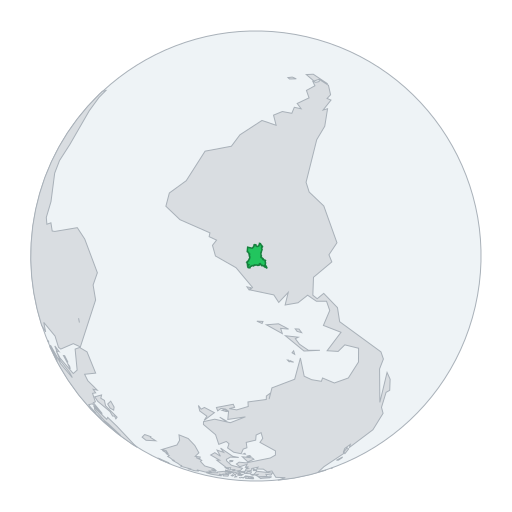 Roraima highlighted on a globe, orthographic projection, rotated 193°
{"feature_id": "BRA-670", "entity_name": "Roraima", "entity_type": "State", "adm_level": 1, "iso_a3": "BRA", "parent_name": "Brazil", "parent_adm1": "", "projection": "orthographic", "projection_center": [-61.438, 1.924], "detail": "fine", "context": "on_globe", "style": "filled", "palette": "green", "viewbox_px": 512, "rotation_deg": 193, "n_neighbors": 0, "source": "natural_earth", "source_scale": "10m", "svg_char_len": 11307}
<svg xmlns="http://www.w3.org/2000/svg" viewBox="0 0 512 512"><g transform="rotate(193 256 256)"><circle cx="256" cy="256" r="225" fill="#eef3f6" stroke="#a8b0b8"/><path d="M183.9,42.6L184.3,42.4L177.6,46.6L186.9,44.8L192.2,50.1L196.3,48.2L200.9,50.0L207.4,48.6L206.5,50.7L212.4,48.0L212.0,46.4L214.4,44.9L218.2,44.2L217.7,46.4L215.8,47.1L217.6,47.4L215.8,49.0L218.8,47.8L217.8,51.1L224.4,47.0L228.3,48.9L226.1,51.3L219.1,52.2L196.6,62.4L192.3,66.4L193.2,70.5L210.2,75.3L208.4,79.8L211.3,85.0L215.6,81.6L214.9,76.5L223.6,72.2L221.7,67.1L225.0,65.0L226.0,60.0L233.6,59.8L240.5,62.6L240.1,67.0L243.2,68.6L249.9,64.1L255.2,72.8L269.3,80.0L269.9,82.8L259.5,87.7L243.5,87.8L230.1,96.9L246.7,90.4L247.8,98.6L251.2,100.0L255.8,99.6L258.5,96.5L260.5,99.5L244.8,106.4L242.8,103.7L247.7,101.3L240.2,101.7L229.7,107.6L231.0,112.0L213.7,118.5L214.4,121.9L211.1,125.7L211.0,119.5L210.8,131.1L190.6,144.6L189.8,166.6L182.0,149.7L174.0,148.0L164.1,148.6L163.7,152.1L151.1,149.9L138.6,157.9L132.3,175.7L135.3,189.2L149.5,189.4L154.5,181.5L165.4,179.7L156.0,200.8L174.7,203.5L171.9,219.5L177.1,227.8L186.9,225.5L196.9,229.4L204.5,219.9L216.6,214.8L216.4,227.8L223.4,215.9L229.9,222.1L254.3,221.6L252.3,224.6L272.8,240.1L295.5,246.9L300.8,256.6L298.0,262.6L306.0,264.3L306.1,268.2L338.3,274.3L355.0,284.2L354.6,297.9L340.9,313.7L329.2,346.7L304.7,357.4L298.9,370.5L280.7,389.4L265.8,387.9L270.6,397.2L262.8,402.7L253.2,403.1L252.1,409.5L245.1,409.6L250.2,413.9L239.9,422.0L244.1,428.7L236.9,435.1L239.9,438.9L236.8,438.7L233.8,440.1L233.9,442.2L223.8,438.6L219.6,429.9L222.2,425.5L218.0,424.8L223.5,413.3L219.4,415.6L218.2,397.9L223.0,383.0L223.8,339.1L218.6,330.3L201.2,320.0L180.1,287.1L185.2,273.6L180.8,267.3L195.2,248.2L191.8,230.6L186.8,228.1L181.6,234.8L165.0,224.0L159.7,210.8L112.7,190.7L108.7,184.3L110.2,173.8L102.4,141.2L102.1,172.0L97.6,166.1L95.5,155.2L98.6,152.4L99.7,136.8L96.8,131.3L103.0,113.0L121.9,90.5L121.7,93.6L126.2,88.5L126.8,84.6L126.0,83.4L142.4,66.0L146.7,59.6L140.5,62.7L147.8,58.6L139.6,63.1L153.8,55.2L168.6,48.3L183.9,42.6ZM187.9,174.2L209.4,184.9L196.5,186.4L199.1,184.3L193.8,179.8L183.7,175.9L172.5,178.5L187.9,174.2ZM199.2,161.7L195.4,161.0L199.2,160.8L199.2,161.7ZM124.9,83.5L126.3,84.9L124.1,89.7L122.4,88.7L124.9,83.5ZM129.8,75.6L131.7,75.1L126.4,79.7L126.9,78.6L129.8,75.6ZM135.0,65.9L135.3,65.9L133.5,66.9L135.0,65.9ZM221.7,60.5L223.8,60.3L222.5,61.3L221.7,60.5ZM220.2,58.8L217.2,60.2L216.0,59.6L217.9,58.7L220.2,58.8ZM224.1,57.3L214.3,58.4L212.3,57.5L217.7,53.6L224.1,57.3ZM210.2,46.3L210.8,47.9L206.8,47.3L210.2,46.3ZM207.0,46.4L191.2,48.2L192.1,45.9L197.2,45.5L195.6,43.7L203.8,41.6L206.6,42.2L204.3,43.9L209.2,41.9L207.0,46.4ZM215.1,44.2L211.8,44.6L212.3,42.6L219.0,41.5L216.7,42.5L215.1,44.2ZM191.1,44.4L192.7,43.0L199.8,40.9L201.4,40.2L204.1,41.4L191.1,44.4ZM218.5,42.6L222.4,41.2L225.6,41.6L218.3,43.8L218.5,42.6ZM209.7,42.6L210.3,41.7L212.1,41.8L209.7,42.6ZM239.0,43.0L235.0,43.0L235.0,41.9L239.0,43.0ZM223.6,40.6L222.5,40.5L222.1,40.2L225.2,39.4L223.6,40.6ZM208.9,40.0L211.6,39.6L208.2,39.4L213.4,38.1L214.3,39.3L216.1,38.3L217.7,38.0L216.6,39.4L208.9,40.0ZM227.1,37.8L229.9,39.6L237.3,39.6L237.5,40.5L225.7,40.4L227.1,37.8ZM221.0,38.6L224.8,38.3L223.2,39.3L219.6,40.2L221.0,38.6ZM216.6,37.0L208.4,38.6L208.5,38.3L216.6,37.0ZM229.5,37.6L228.8,37.2L230.2,37.4L229.5,37.6ZM221.0,36.8L218.0,37.3L218.2,37.0L221.0,36.8ZM229.7,36.2L230.6,36.7L228.2,37.2L229.7,36.2ZM226.0,36.3L226.9,35.8L226.8,37.1L224.6,36.6L226.0,36.3ZM221.6,36.4L220.8,36.4L222.8,36.3L221.6,36.4ZM238.4,34.4L238.8,36.0L233.4,36.9L233.8,35.2L238.4,34.4ZM241.1,446.0L224.9,439.9L233.8,442.7L238.9,439.5L247.8,444.1L241.1,446.0ZM256.6,437.7L263.1,436.0L265.0,437.0L260.9,438.5L256.6,437.7ZM436.5,121.2L436.7,121.7L429.8,113.1L426.1,108.2L436.5,121.2ZM411.3,92.8L421.9,103.7L425.9,108.1L427.0,111.1L433.8,118.9L436.3,123.0L425.7,111.4L422.1,107.0L407.6,96.2L411.6,100.8L425.5,111.8L423.9,111.1L429.4,118.7L423.9,112.4L407.6,100.4L404.6,104.6L411.3,124.6L407.3,127.2L399.1,124.6L385.9,105.8L396.4,102.2L391.8,96.6L380.5,89.6L384.7,89.5L381.4,86.6L384.4,85.4L379.7,77.8L381.5,76.5L370.9,68.3L370.4,66.9L376.8,71.9L382.2,75.2L385.5,73.5L383.6,71.7L376.4,66.8L378.2,67.4L370.9,63.0L368.5,60.9L365.3,60.1L356.8,55.5L350.7,51.9L347.3,50.6L357.4,56.5L361.9,59.2L366.7,61.5L378.6,70.0L379.3,71.9L364.7,63.3L364.2,65.4L353.0,58.7L332.7,45.1L328.7,42.9L333.4,44.4L350.4,51.5L366.9,59.9L382.6,69.6L397.4,80.6L411.3,92.8ZM444.9,378.7L442.7,382.0L439.5,383.5L444.6,375.3L451.1,360.1L462.5,322.7L468.9,304.9L470.8,291.5L468.0,262.9L469.0,246.4L466.9,239.9L463.3,242.2L460.2,234.5L457.5,234.7L436.5,243.4L426.7,234.0L406.8,204.0L408.2,191.1L402.4,177.1L406.7,127.9L414.3,129.5L425.3,121.4L427.9,122.6L433.8,132.8L447.9,143.6L443.9,134.7L449.4,140.4L449.3,140.2L457.3,154.9L464.3,170.2L470.1,185.9L474.7,202.0L478.1,218.4L480.3,235.0L481.2,251.7L480.9,268.5L479.4,285.1L476.6,301.7L472.6,317.9L467.4,333.8L461.0,349.3L453.5,364.3L444.9,378.7ZM413.1,151.4L414.9,155.5L413.1,151.4ZM255.1,221.4L257.9,223.9L254.0,224.0L255.1,221.4ZM194.3,191.6L199.0,191.8L201.4,193.8L197.7,194.5L194.3,191.6ZM234.9,191.6L240.5,192.7L234.5,193.8L234.9,191.6ZM212.9,186.3L230.4,191.3L218.8,195.0L207.8,192.1L215.7,191.0L212.9,186.3ZM196.2,168.9L199.1,169.8L198.0,172.1L196.2,168.9ZM202.0,161.7L200.8,161.9L199.5,160.1L202.0,161.7ZM248.7,98.2L250.0,97.7L254.4,98.0L252.1,99.4L248.7,98.2ZM275.9,92.3L278.5,97.4L275.0,94.4L272.2,96.8L261.3,94.0L269.6,84.1L267.8,88.9L275.9,92.3ZM249.1,88.5L255.1,90.8L248.2,88.7L249.1,88.5ZM360.0,73.8L364.0,75.0L367.2,78.4L364.9,81.9L360.3,76.9L360.0,73.8ZM368.9,76.2L355.1,67.7L355.9,65.8L357.8,68.2L359.7,67.8L363.3,71.6L377.7,78.9L381.4,82.5L375.2,85.9L375.2,82.5L371.2,81.2L368.9,76.2ZM318.1,55.5L312.1,53.4L321.7,51.7L326.2,53.9L324.3,57.0L317.8,56.3L318.1,55.5ZM235.4,50.9L232.5,51.4L232.6,50.6L235.2,49.5L235.4,50.9ZM237.2,43.1L248.3,48.2L245.5,48.9L255.4,51.9L251.9,55.1L245.6,52.9L250.3,58.1L243.3,57.4L247.3,60.9L233.7,55.6L227.5,55.8L235.7,54.3L239.1,51.2L238.7,49.9L233.0,46.6L221.4,46.1L222.9,43.6L227.0,42.0L230.1,41.7L228.1,43.3L233.5,41.8L233.1,44.0L237.2,43.1ZM274.6,33.4L271.1,33.8L281.8,34.2L281.4,35.1L282.7,35.1L285.3,36.3L290.6,37.9L289.3,38.3L291.9,38.8L293.7,39.8L296.9,40.8L295.7,42.1L299.5,43.4L296.8,43.3L303.6,45.5L298.1,44.5L299.8,46.2L304.3,46.2L290.5,54.1L289.0,59.2L290.8,64.4L281.0,62.9L273.0,57.6L267.4,51.4L270.2,47.1L265.2,47.6L265.1,45.8L269.1,46.1L262.9,44.7L263.9,43.4L258.8,39.9L249.3,39.3L247.2,38.3L251.4,37.9L246.4,37.3L252.9,36.1L251.6,35.5L256.6,34.1L265.5,34.3L263.3,33.6L267.1,33.0L274.6,33.4ZM240.0,34.0L250.8,33.3L255.8,33.7L244.9,36.1L245.2,36.8L238.4,39.1L231.2,38.7L233.8,38.0L234.7,37.3L236.6,37.6L235.7,36.8L239.3,36.0L239.6,35.3L243.0,35.1L240.0,34.0ZM426.4,118.6L427.5,118.8L428.4,118.0L431.8,123.1L426.4,118.6ZM415.5,110.4L415.9,109.6L421.2,115.7L420.0,115.8L415.5,110.4ZM411.6,104.2L415.5,109.0L412.7,106.5L411.6,104.2ZM376.7,71.1L376.6,70.3L378.4,71.4L380.5,73.3L376.7,71.1ZM306.4,37.1L303.6,36.7L302.5,36.4L294.5,34.9L294.1,34.5L298.8,35.2L306.4,37.1ZM438.3,125.1L440.4,127.1L439.2,126.5L438.3,125.1ZM304.7,36.4L301.4,35.8L303.3,36.0L304.7,36.4ZM293.5,34.2L294.9,34.3L293.2,34.3L293.5,34.2Z" fill="#d9dde1" stroke="#a8b0b8" stroke-width="1"/><path d="M260.8,242.9L260.9,243.0L261.1,243.0L261.3,243.3L261.7,243.6L261.6,243.9L261.6,244.1L261.6,244.3L261.6,244.6L261.5,245.0L261.4,245.1L261.3,245.3L261.3,245.5L261.2,245.5L261.0,245.8L261.3,245.8L261.6,245.9L261.8,245.9L262.0,246.0L262.1,245.9L262.1,246.0L262.3,246.1L262.7,246.2L262.8,246.3L262.8,246.5L262.7,246.6L262.7,246.8L262.7,247.0L262.8,247.2L263.0,247.3L263.0,247.5L263.2,247.9L263.2,248.0L263.5,248.0L263.4,248.2L263.2,248.4L263.2,248.6L262.9,248.8L262.9,249.0L262.7,249.1L262.6,249.3L262.3,249.4L262.2,249.5L262.3,249.8L262.3,250.1L262.3,250.3L262.2,250.5L262.0,250.9L262.0,251.0L262.0,251.3L261.9,251.3L261.8,251.6L261.7,251.7L261.8,252.0L261.7,252.3L261.6,253.0L261.8,253.3L261.9,253.5L262.0,253.9L262.0,254.1L262.0,254.3L262.3,254.4L262.4,254.5L262.6,254.6L262.6,255.1L262.7,255.3L262.7,255.6L262.7,255.8L262.6,256.0L262.6,256.3L262.8,256.3L263.0,256.3L262.9,256.6L263.0,256.7L263.1,256.8L263.3,256.8L263.5,256.9L263.6,257.0L263.8,257.3L264.0,257.5L264.3,257.6L264.3,257.8L264.5,258.0L264.9,258.2L265.5,258.3L266.1,262.7L262.6,262.7L261.6,262.7L261.4,262.8L261.2,263.0L261.1,263.3L261.0,263.5L260.8,263.7L260.8,263.8L260.7,263.9L260.7,264.1L260.4,264.4L260.4,264.8L260.1,265.4L260.1,265.5L260.2,265.8L260.4,266.0L260.5,266.2L260.4,266.3L260.2,266.4L259.8,266.5L259.7,266.7L259.7,266.8L259.3,266.8L259.1,266.9L258.8,266.9L258.7,266.9L258.7,266.7L258.5,266.3L258.2,266.1L258.1,265.9L258.0,265.7L257.9,265.7L257.7,265.7L257.3,265.5L256.9,265.5L256.7,265.7L256.4,265.9L256.2,265.9L255.9,266.1L255.8,266.3L255.6,266.4L255.6,266.6L255.6,266.8L255.4,267.1L255.4,267.3L255.5,267.6L255.5,267.8L255.5,268.1L255.3,268.6L255.4,269.1L255.2,269.1L254.9,269.1L254.8,268.9L254.7,268.9L254.5,269.0L254.4,269.0L254.3,268.9L254.0,268.5L253.9,268.3L253.7,268.1L253.5,267.9L253.2,267.8L253.0,267.7L252.8,267.4L252.5,267.3L252.3,267.0L252.1,266.8L251.8,266.7L251.8,266.3L252.1,266.3L252.3,266.4L252.5,266.2L252.5,265.6L252.4,265.4L252.3,265.0L252.3,264.8L252.2,264.6L251.9,264.4L251.8,264.0L251.6,263.8L251.5,263.6L251.6,263.4L251.7,263.2L251.6,262.9L251.6,262.6L251.7,262.3L251.7,262.2L251.7,261.9L251.8,261.7L251.7,260.9L251.7,260.7L251.9,260.6L252.0,260.4L252.0,260.2L251.8,259.8L251.8,259.4L251.7,259.3L251.6,259.1L251.6,258.9L251.4,258.2L251.2,257.9L251.0,257.7L250.7,257.3L250.7,257.2L250.8,257.0L250.8,256.9L251.0,256.8L250.9,256.4L251.1,256.1L251.0,255.9L250.8,255.8L250.5,255.6L250.3,255.6L250.1,255.6L249.9,255.6L249.7,255.6L249.4,255.3L249.3,255.2L249.1,255.0L248.9,255.1L248.7,255.1L248.3,254.8L248.4,254.6L248.4,254.3L248.4,254.1L247.9,254.0L247.6,254.0L247.1,254.0L246.9,254.0L246.6,254.0L246.1,253.9L245.9,253.9L245.7,253.8L245.7,253.7L245.9,253.3L245.9,252.9L245.8,252.6L245.5,252.0L245.4,251.8L245.3,251.6L245.1,251.4L245.1,251.1L245.1,250.8L245.1,250.6L245.0,250.1L245.1,249.8L245.2,249.7L245.2,249.4L244.9,249.2L244.7,248.9L244.2,248.7L243.9,248.4L243.7,248.2L243.4,247.9L243.2,247.5L243.1,247.3L243.0,247.2L242.8,247.1L242.8,246.8L242.9,246.7L243.0,246.7L243.2,246.8L243.4,246.9L243.5,247.1L243.5,247.3L244.5,247.2L245.0,247.3L245.3,247.3L245.5,247.5L245.6,248.0L245.8,248.3L246.0,248.3L246.4,248.0L246.6,248.0L246.8,248.1L247.2,248.0L247.4,248.1L247.7,248.3L247.9,248.4L248.0,248.4L248.1,248.2L248.3,247.9L248.5,248.0L248.8,248.1L248.9,248.3L249.1,248.6L249.4,248.8L249.9,249.4L250.1,249.5L250.3,249.6L250.6,249.4L250.9,249.2L250.9,248.9L250.9,248.7L250.8,248.4L250.7,248.3L250.7,248.2L250.8,248.0L250.8,247.8L250.9,247.7L251.2,247.7L251.5,247.7L251.7,247.4L251.9,247.3L252.0,247.2L252.3,247.2L253.0,247.5L253.4,247.4L253.7,247.2L253.8,247.2L254.1,247.3L254.5,247.1L254.7,246.9L254.8,246.9L255.0,246.8L255.4,246.8L255.5,246.9L255.7,246.7L255.7,246.4L255.9,246.2L256.2,246.2L256.4,246.2L256.5,246.1L256.4,245.8L256.5,245.8L256.8,245.8L257.1,245.9L257.3,245.8L257.7,245.8L257.8,245.7L258.0,245.3L258.1,245.1L258.3,245.0L258.6,244.9L258.8,244.8L259.0,244.6L259.2,244.3L259.3,244.1L259.3,243.9L259.0,243.2L258.9,243.2L258.7,243.1L258.9,243.1L259.2,243.1L259.4,243.2L259.7,243.1L259.8,243.2L260.0,243.1L260.3,243.2L260.6,242.9L260.8,242.9Z" fill="#22c55e" stroke="#15803d" stroke-width="1.5"/></g></svg>